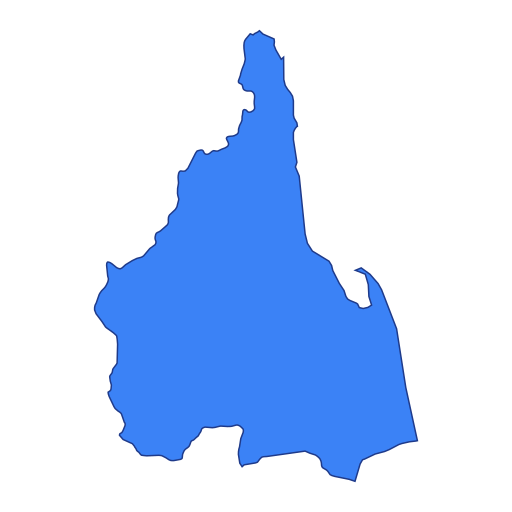 outline of Nakhon Si Thammarat
{"feature_id": "THA-376", "entity_name": "Nakhon Si Thammarat", "entity_type": "Province", "adm_level": 1, "iso_a3": "THA", "parent_name": "Thailand", "parent_adm1": "", "projection": "mercator", "projection_center": [99.657, 8.562], "detail": "fine", "context": "isolated", "style": "filled", "palette": "blue", "viewbox_px": 512, "rotation_deg": 0, "n_neighbors": 0, "source": "natural_earth", "source_scale": "10m", "svg_char_len": 4851}
<svg xmlns="http://www.w3.org/2000/svg" viewBox="0 0 512 512"><path d="M250.2,33.8L253.1,34.9L254.6,33.6L257.8,32.0L259.4,30.7L263.0,34.1L274.1,39.0L274.4,41.9L274.0,45.2L275.9,50.0L281.2,59.3L283.6,57.2L283.8,79.6L285.2,85.4L287.6,89.3L290.3,92.6L292.5,96.2L293.4,100.8L293.4,115.1L294.1,118.1L296.9,122.9L297.4,126.3L296.9,126.5L295.5,128.1L294.2,130.3L293.4,132.4L293.4,139.6L296.9,162.3L295.4,167.0L299.2,176.1L305.1,233.9L307.4,243.3L312.4,251.1L329.0,261.2L331.6,265.5L332.8,270.6L339.3,283.4L344.0,290.5L345.9,296.4L347.6,299.0L349.8,300.4L356.3,303.1L357.6,304.0L359.3,307.6L363.2,308.5L367.9,307.4L371.6,305.1L368.9,296.5L368.3,284.6L365.3,274.2L355.4,270.3L361.2,267.9L370.0,274.3L378.1,283.6L381.6,289.8L396.6,328.8L405.8,387.6L417.4,440.7L416.0,441.0L409.4,441.8L401.9,443.5L398.9,444.5L389.2,449.6L384.6,451.5L375.2,454.0L364.5,459.1L363.5,459.4L362.5,459.8L360.1,464.0L355.0,481.3L349.1,479.3L334.8,476.4L331.8,475.5L330.1,474.6L327.8,471.3L326.5,470.0L323.1,468.0L322.4,467.4L321.9,466.5L321.6,465.5L321.5,464.3L321.4,463.1L321.2,462.0L320.9,460.9L320.1,459.2L319.6,458.4L317.6,456.5L315.5,455.0L309.9,453.2L305.1,451.1L266.7,456.5L264.7,456.6L262.9,456.8L261.6,457.3L259.7,459.2L258.0,461.5L257.4,462.2L255.6,462.9L244.2,464.8L242.1,466.7L239.8,463.2L238.4,454.3L238.5,451.6L238.9,449.0L239.5,447.0L240.8,438.6L243.2,432.3L243.4,430.6L243.2,429.3L242.6,428.5L240.5,426.5L239.7,425.9L238.6,425.4L237.3,425.0L236.1,425.1L232.0,426.2L230.8,426.4L227.6,426.5L221.3,426.1L220.2,426.1L214.9,427.4L212.3,427.7L205.3,427.1L204.3,427.3L203.4,427.7L202.5,428.2L201.8,428.8L201.4,429.7L201.1,430.8L200.7,431.7L200.2,432.6L199.6,433.3L198.2,435.9L196.0,437.7L193.9,439.7L193.1,440.2L192.1,440.6L191.3,441.1L190.8,442.0L190.1,444.0L189.3,445.9L188.7,446.7L187.3,447.9L186.5,448.4L185.7,449.0L185.0,449.6L184.4,450.4L183.9,451.2L182.7,454.0L182.5,455.2L182.3,457.4L182.0,458.5L181.3,459.0L180.3,459.4L173.7,460.6L172.0,460.6L170.5,460.4L168.7,459.6L166.0,457.8L161.9,455.7L160.1,455.4L158.6,455.3L146.6,455.8L143.6,455.5L141.5,455.2L140.7,454.6L140.1,453.9L138.9,452.3L137.4,451.2L136.7,450.4L135.9,448.6L134.8,447.1L134.4,446.2L132.4,443.7L123.1,439.5L119.5,435.3L119.6,434.4L120.0,433.6L121.0,433.1L121.8,432.6L122.4,431.7L123.1,430.4L125.0,425.7L125.2,424.2L125.0,423.2L124.3,422.2L121.6,414.4L121.2,413.5L120.5,412.8L119.7,412.1L118.1,411.1L115.2,408.6L114.0,406.7L109.2,396.6L108.3,393.9L108.1,392.2L110.0,390.9L110.8,389.9L111.1,388.4L111.4,385.0L110.3,381.2L109.7,376.8L109.9,375.9L110.5,375.0L111.6,373.5L112.2,372.5L112.8,369.3L113.1,368.8L113.4,368.3L114.1,367.4L116.5,364.2L117.1,363.0L117.6,344.2L117.2,339.3L116.7,336.0L115.9,335.0L113.3,332.7L106.5,327.8L105.5,326.9L102.0,321.6L96.1,313.8L94.6,310.0L94.6,307.7L94.9,306.1L95.2,305.0L96.2,303.1L99.2,294.5L100.1,292.9L101.6,290.8L103.9,288.5L105.1,287.1L106.3,285.2L107.8,282.0L108.3,280.0L108.4,278.6L107.7,276.0L106.6,265.2L106.8,263.2L107.5,262.1L108.5,262.1L109.5,262.4L110.4,262.8L112.1,263.9L116.6,267.6L117.4,268.0L118.3,268.4L119.3,268.7L120.4,268.7L121.4,268.3L122.3,267.7L125.6,264.7L132.3,260.6L136.9,258.4L141.1,257.3L142.0,256.9L143.6,255.9L149.6,248.8L150.0,248.4L155.1,244.7L155.8,243.3L156.0,242.0L155.8,241.0L155.4,240.0L155.1,238.7L155.1,237.1L155.7,234.4L156.4,233.2L157.4,232.5L158.8,231.9L160.5,230.9L167.3,224.9L168.0,223.7L168.4,222.4L168.3,219.5L168.5,217.2L169.0,215.9L169.6,214.9L175.3,209.5L176.4,207.8L177.1,206.4L177.3,205.3L178.7,199.8L178.7,198.7L177.9,195.8L177.5,193.5L177.6,188.5L178.4,183.9L178.5,182.7L178.1,177.6L178.2,175.8L178.7,173.1L179.4,171.8L180.3,171.0L181.4,171.0L182.5,171.2L183.9,171.2L185.3,170.9L187.9,168.3L195.6,153.1L197.0,151.1L198.0,150.7L200.0,150.2L201.0,150.0L202.1,150.1L202.9,150.6L203.4,151.3L203.8,152.2L204.3,153.1L205.0,153.8L205.8,154.2L206.9,154.3L207.9,154.2L208.9,153.8L209.7,153.3L211.9,151.5L212.7,151.0L213.6,150.7L214.7,150.8L215.7,151.0L216.8,151.1L217.8,151.0L218.8,150.6L221.4,149.3L225.1,147.9L227.1,146.7L228.1,145.7L228.5,144.5L228.5,143.3L228.1,142.3L227.7,141.4L227.2,140.4L226.7,139.4L226.4,138.3L226.8,137.4L227.6,136.8L228.5,136.5L229.7,136.3L232.5,136.1L234.2,135.7L236.8,134.4L237.9,133.3L238.4,132.2L238.5,131.0L238.5,129.9L238.6,128.8L239.6,125.5L241.3,122.1L242.0,120.1L242.1,116.5L242.5,114.8L242.9,111.0L243.5,110.0L244.3,109.6L245.4,109.8L246.3,110.2L247.6,111.6L248.4,112.1L249.6,112.2L251.0,111.9L253.1,110.7L254.0,109.7L254.6,108.6L254.6,106.9L254.2,103.6L254.2,101.2L254.6,97.6L254.6,96.4L254.5,95.2L254.2,94.2L253.7,93.2L253.2,92.5L252.5,91.8L251.7,91.3L250.7,91.0L247.3,91.0L246.2,90.8L245.1,90.4L244.2,89.9L243.5,89.2L243.1,88.4L242.3,85.2L241.7,84.4L240.9,83.9L239.1,83.0L238.5,82.2L238.4,81.0L240.5,75.1L240.6,74.0L242.1,69.1L244.2,63.8L244.9,61.0L245.3,59.0L244.0,48.6L243.9,45.3L244.2,42.5L244.7,40.9L245.6,39.3L250.2,33.8Z" fill="#3b82f6" stroke="#1e3a8a" stroke-width="1.5"/></svg>